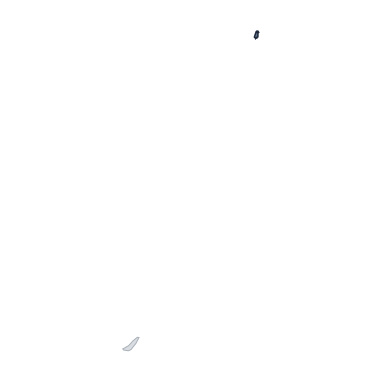 Temotu, Tuvalu (highlighted), rotated 49°
{"feature_id": "33948139B29442200117602", "entity_name": "Temotu", "entity_type": "district", "adm_level": 2, "iso_a3": "TUV", "parent_name": "Tuvalu", "parent_adm1": "", "projection": "orthographic", "projection_center": [178.67, -7.47], "detail": "fine", "context": "in_parent", "style": "filled", "palette": "slate", "viewbox_px": 384, "rotation_deg": 49, "n_neighbors": 0, "source": "geoboundaries", "source_scale": "gbopen_adm2", "svg_char_len": 1331}
<svg xmlns="http://www.w3.org/2000/svg" viewBox="0 0 384 384"><g transform="rotate(49 192 192)"><path d="M270.1,344.2L266.3,347.3L265.0,347.2L266.4,340.7L265.6,333.9L265.8,328.5L267.1,327.5L269.5,333.8L270.9,341.5L270.1,344.2Z" fill="#d9dde1" stroke="#a8b0b8" stroke-width="1"/><path d="M117.1,43.2L117.3,43.0L117.3,42.9L117.5,42.8L117.8,42.9L117.9,43.0L117.9,42.9L117.9,42.7L118.0,42.6L118.3,42.1L117.7,41.7L118.2,40.8L118.1,40.7L117.9,40.5L117.9,40.4L117.8,40.2L117.7,40.1L117.6,39.9L117.1,39.6L116.9,39.4L116.7,39.3L116.1,38.6L115.7,38.3L115.5,38.1L115.4,37.9L115.3,37.6L115.2,37.5L115.2,37.3L115.2,37.2L115.0,37.3L114.9,37.3L114.7,37.4L114.4,37.5L114.2,37.7L114.1,37.8L114.3,37.9L114.3,38.0L114.4,38.3L114.2,38.5L113.9,38.8L113.8,38.7L113.7,38.6L113.5,38.4L113.4,38.3L113.3,38.2L113.4,37.9L113.3,37.7L113.3,37.4L113.5,37.2L113.8,36.9L114.0,36.9L114.1,37.0L114.0,37.3L114.3,37.4L114.5,37.3L114.7,37.2L114.8,37.1L114.8,36.9L114.7,36.9L114.4,36.8L114.2,36.8L114.0,36.7L113.9,36.8L113.7,36.9L113.6,37.0L113.4,37.2L113.2,37.3L113.1,37.5L113.1,37.9L113.1,38.1L113.1,38.4L113.2,38.6L113.4,38.8L113.5,39.0L113.6,39.3L113.8,39.6L114.2,40.3L114.3,40.4L114.7,41.2L114.8,41.3L115.1,41.8L115.5,42.5L115.8,42.9L116.0,43.3L116.4,43.4L116.5,43.4L116.9,43.3L117.1,43.2L117.1,43.2Z" fill="#64748b" stroke="#1e293b" stroke-width="1.5"/></g></svg>